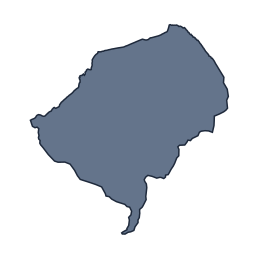 the district of Mayo-Rey, Nord, Cameroon, rotated 274°
{"feature_id": "32672807B45774164265008", "entity_name": "Mayo-Rey", "entity_type": "district", "adm_level": 2, "iso_a3": "CMR", "parent_name": "Cameroon", "parent_adm1": "Nord", "projection": "orthographic", "projection_center": [14.714, 8.186], "detail": "fine", "context": "isolated", "style": "filled", "palette": "slate", "viewbox_px": 256, "rotation_deg": 274, "n_neighbors": 0, "source": "geoboundaries", "source_scale": "gbopen_adm2", "svg_char_len": 4507}
<svg xmlns="http://www.w3.org/2000/svg" viewBox="0 0 256 256"><g transform="rotate(274 128 128)"><path d="M202.7,207.7L203.4,207.2L203.3,206.9L203.4,206.5L203.8,206.1L204.5,205.8L205.4,204.3L205.4,203.8L205.6,203.6L206.5,203.4L207.0,202.8L207.5,202.6L208.2,201.8L209.5,200.5L210.0,199.9L210.8,199.5L212.0,198.4L212.5,198.3L212.8,198.0L213.5,197.1L214.7,196.6L215.3,195.7L216.3,195.2L217.4,194.0L217.8,193.6L218.5,193.3L219.4,192.4L220.1,191.9L220.3,191.7L220.2,190.9L220.5,190.6L221.2,190.3L221.4,189.9L221.6,189.2L221.9,188.8L222.7,188.6L223.3,187.3L223.1,186.7L224.2,186.0L224.7,185.6L224.6,185.4L224.7,185.1L225.2,184.6L225.6,184.5L225.8,184.4L225.6,183.8L226.3,182.8L226.6,182.6L227.4,182.2L227.9,181.1L228.3,181.0L229.4,180.1L229.8,179.6L230.1,179.1L230.9,178.6L231.5,177.8L231.7,177.7L231.8,177.7L232.1,177.3L232.1,177.0L231.8,176.6L231.6,176.2L231.8,175.6L232.7,174.5L233.2,173.1L233.1,172.4L232.8,171.9L232.8,171.7L233.3,171.1L233.8,170.3L234.1,169.1L233.9,168.7L233.8,167.1L233.8,166.5L233.6,165.8L233.8,165.1L233.5,164.6L233.5,164.1L233.9,163.5L234.0,163.1L234.0,162.7L233.5,161.9L232.4,161.8L229.6,161.2L227.8,160.7L226.9,160.3L226.4,159.7L226.0,158.7L225.4,157.7L225.1,157.4L223.9,155.2L223.4,154.7L223.0,153.9L222.1,152.1L219.7,145.2L219.6,144.4L219.4,144.2L219.1,143.4L217.7,142.1L217.3,141.0L217.0,140.0L217.1,138.8L217.6,136.4L217.6,136.1L216.6,134.1L216.1,133.1L215.6,132.1L214.4,129.7L214.1,129.2L211.7,124.4L211.0,123.1L210.5,122.2L209.9,120.9L209.6,120.1L208.8,118.7L208.4,117.8L207.1,112.1L206.8,111.0L206.4,109.4L206.1,108.4L205.7,106.6L205.5,105.9L205.2,105.1L205.0,104.4L204.7,103.3L204.2,101.9L203.8,100.5L203.8,99.9L203.4,98.9L202.9,98.3L202.8,97.3L202.6,96.6L202.2,95.9L202.0,94.7L202.0,93.5L202.0,93.0L201.9,92.8L200.4,92.5L199.1,90.9L197.7,89.8L196.9,89.3L195.4,88.5L194.6,88.1L193.6,87.6L192.8,87.6L191.9,87.8L191.4,87.8L190.6,87.6L189.8,87.6L189.4,87.6L188.6,87.9L187.7,87.8L185.4,87.2L184.8,87.1L184.7,87.1L183.9,87.3L183.6,87.0L183.5,86.4L183.7,84.7L184.0,83.9L183.8,83.5L182.9,82.6L182.6,82.6L181.2,82.0L180.8,81.4L180.2,81.3L179.4,81.5L178.7,81.5L177.5,80.8L177.9,80.3L178.7,79.7L177.9,79.0L177.5,78.6L177.2,78.5L177.1,78.2L177.2,77.7L176.7,76.5L176.5,76.4L175.9,76.3L175.3,76.0L175.1,76.1L175.0,76.3L174.5,75.8L174.0,76.3L173.5,76.2L173.4,76.2L173.2,76.3L172.6,76.9L171.4,76.8L170.9,77.0L170.3,77.0L169.2,76.2L168.5,76.2L167.7,76.0L166.1,75.9L165.7,76.0L164.6,75.4L163.4,73.7L162.6,73.1L161.7,71.9L160.1,70.8L158.8,69.7L157.1,67.8L156.5,67.0L156.0,66.6L155.7,66.4L155.0,65.6L154.2,64.6L153.7,64.4L151.3,61.9L150.2,61.0L148.8,59.5L147.8,59.1L146.9,58.4L146.1,58.1L145.0,58.0L144.7,57.8L144.2,57.3L142.6,54.6L142.6,54.2L143.3,53.3L143.3,52.9L142.8,52.2L141.8,51.5L141.6,51.2L140.9,50.9L140.2,50.4L139.7,50.3L139.4,50.0L138.9,48.9L138.6,48.5L138.2,47.9L137.3,47.2L137.1,46.8L136.7,46.7L136.0,45.8L135.0,45.1L134.1,44.2L133.8,43.3L133.9,42.1L134.0,41.8L134.1,41.5L134.9,39.9L134.9,39.3L135.1,38.3L135.1,37.8L134.5,36.6L133.8,35.9L132.0,35.0L131.2,34.1L130.6,33.2L130.3,32.4L130.1,32.1L129.8,31.4L128.9,30.1L127.9,30.6L125.8,31.4L123.0,32.6L121.8,35.2L122.5,37.2L121.2,39.0L117.2,38.8L114.3,39.7L113.2,39.5L112.4,39.3L110.8,39.7L109.5,41.1L106.6,41.1L104.8,42.3L104.5,42.7L102.2,44.9L101.6,45.4L96.0,50.3L89.9,57.0L89.0,60.6L89.6,67.4L87.9,72.8L82.3,77.5L81.4,78.1L76.7,81.0L76.2,81.5L73.4,83.9L71.0,93.7L69.5,99.4L67.4,105.8L60.9,110.0L58.6,110.8L58.2,114.1L56.0,116.6L53.7,121.6L51.6,130.2L49.6,132.4L49.1,135.2L45.3,137.4L41.5,137.0L38.9,134.9L36.3,135.8L30.8,135.5L27.6,133.9L26.5,134.1L23.9,130.1L22.9,129.0L21.9,129.7L22.0,132.5L24.0,135.4L24.6,137.9L26.2,141.0L29.9,141.9L34.3,144.6L37.0,144.4L39.3,145.5L42.3,145.6L44.0,145.7L44.8,145.5L47.6,145.3L49.9,147.6L51.4,148.4L57.8,151.1L61.1,150.5L62.3,150.6L69.8,150.9L73.5,150.2L76.1,148.3L77.7,147.8L80.3,149.1L82.1,151.1L81.5,155.3L80.0,160.2L81.0,163.2L81.0,164.4L80.1,167.2L81.2,168.4L81.7,168.8L83.6,168.8L84.3,171.3L85.9,172.1L89.7,173.8L93.2,175.8L96.3,177.1L101.5,178.7L103.8,180.6L110.2,180.3L112.7,179.0L114.4,180.6L115.0,185.8L117.9,187.7L120.1,188.7L119.8,191.2L121.7,192.6L122.1,192.9L125.2,198.3L128.7,199.5L129.9,201.2L130.7,205.0L130.7,208.7L130.4,209.6L129.6,212.5L136.4,213.6L141.0,213.5L145.9,213.3L148.3,218.1L149.5,220.1L150.8,222.3L151.9,223.6L152.7,224.5L154.7,225.9L162.6,224.5L166.5,225.9L166.9,225.8L173.6,224.3L174.1,224.0L179.8,220.1L185.3,220.1L185.6,219.9L194.3,213.7L195.5,212.9L198.4,210.8L200.7,209.4L202.6,207.9L202.7,207.7Z" fill="#64748b" stroke="#1e293b" stroke-width="1.5"/></g></svg>